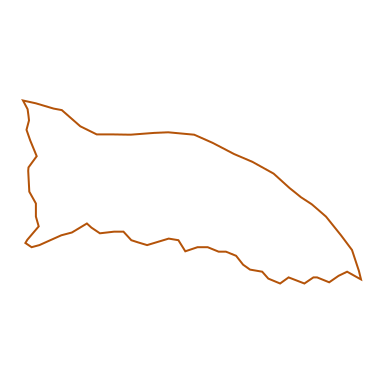 the district of Akapnou, Limassol, Cyprus
{"feature_id": "46923920B88661960336096", "entity_name": "Akapnou", "entity_type": "district", "adm_level": 2, "iso_a3": "CYP", "parent_name": "Cyprus", "parent_adm1": "Limassol", "projection": "mercator", "projection_center": [33.196, 34.842], "detail": "fine", "context": "isolated", "style": "outline", "palette": "amber", "viewbox_px": 384, "rotation_deg": 0, "n_neighbors": 0, "source": "geoboundaries", "source_scale": "gbopen_adm2", "svg_char_len": 1009}
<svg xmlns="http://www.w3.org/2000/svg" viewBox="0 0 384 384"><path d="M25.4,243.0L31.6,247.2L39.4,245.1L48.3,241.1L61.3,235.3L71.9,232.5L86.9,223.5L91.4,227.6L99.9,233.3L113.8,231.7L123.5,231.7L131.3,240.2L138.1,242.4L147.1,245.1L168.7,238.6L178.4,240.2L185.3,251.3L197.5,247.2L207.7,247.2L218.7,251.7L226.0,251.7L236.1,255.8L243.1,264.7L250.0,269.6L262.2,271.7L268.3,278.6L280.1,283.5L288.6,277.4L304.4,283.5L313.4,277.4L317.1,277.4L329.2,282.3L332.1,280.3L338.6,275.8L347.1,271.7L358.9,278.3L361.0,279.4L358.9,270.9L352.0,250.0L344.9,240.5L341.0,235.3L326.0,216.6L311.8,204.3L300.9,197.2L295.4,192.7L289.5,188.0L273.6,173.6L252.5,161.9L234.0,154.0L212.5,142.8L194.2,134.7L168.2,132.3L154.2,132.9L130.5,134.7L112.3,134.4L96.7,134.4L80.3,126.3L61.8,110.1L53.7,108.6L48.6,107.1L35.8,103.3L23.0,100.5L27.6,109.2L28.5,115.9L29.0,120.4L26.5,129.8L30.2,140.4L36.7,156.2L28.5,167.4L28.2,170.8L29.3,191.7L35.9,203.5L35.9,216.6L38.7,226.4L27.3,239.8L25.4,243.0Z" fill="none" stroke="#b45309" stroke-width="2"/></svg>